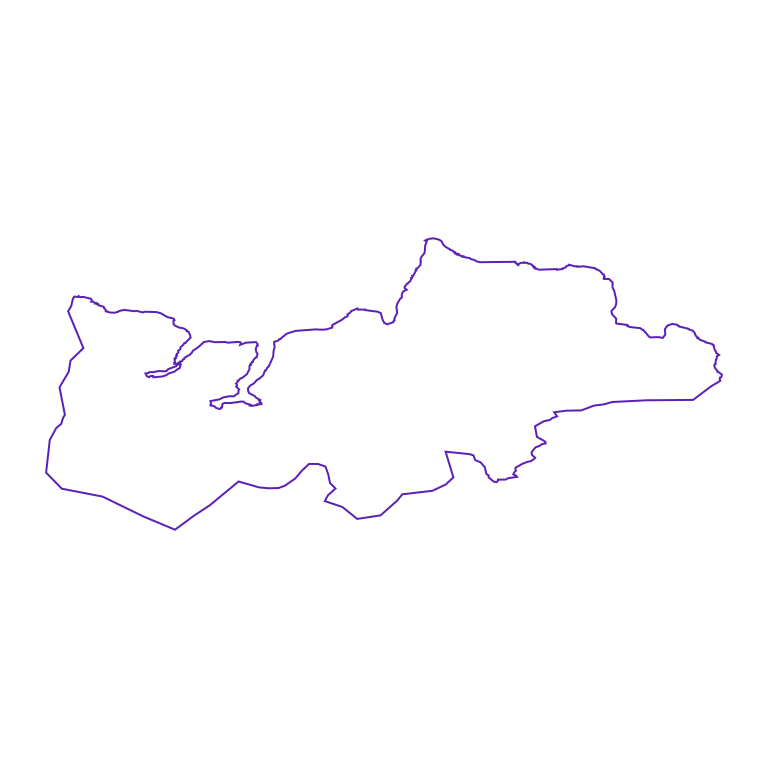 the district of Vik nor, Sogn og Fjordane, Norway
{"feature_id": "86288312B68620067445368", "entity_name": "Vik nor", "entity_type": "district", "adm_level": 2, "iso_a3": "NOR", "parent_name": "Norway", "parent_adm1": "Sogn og Fjordane", "projection": "natural_earth1", "projection_center": [6.553, 61.028], "detail": "fine", "context": "isolated", "style": "outline", "palette": "violet", "viewbox_px": 768, "rotation_deg": 0, "n_neighbors": 0, "source": "geoboundaries", "source_scale": "gbopen_adm2", "svg_char_len": 6085}
<svg xmlns="http://www.w3.org/2000/svg" viewBox="0 0 768 768"><path d="M175.0,529.7L194.1,515.6L209.9,505.2L238.6,481.5L259.1,487.4L269.0,488.3L278.7,488.0L284.9,485.7L295.1,478.6L301.9,470.7L309.1,463.9L318.1,464.0L325.5,466.6L328.3,474.6L330.0,483.0L335.5,488.5L328.0,495.2L324.8,501.1L342.4,507.0L357.2,518.9L380.5,515.4L397.2,500.6L402.3,494.3L432.3,490.8L445.6,484.6L453.4,477.4L445.6,451.7L469.4,454.1L473.5,455.4L475.1,460.0L480.7,462.4L484.8,467.2L486.4,474.0L488.6,475.4L488.6,477.3L493.7,481.6L496.5,482.2L498.3,480.4L498.1,479.6L505.7,479.6L508.1,478.2L517.0,476.9L516.1,475.7L513.3,474.3L514.4,472.2L515.9,470.8L515.3,468.6L515.7,467.6L522.6,463.7L528.1,461.6L530.4,461.4L534.7,458.5L535.2,457.8L532.1,455.0L531.5,452.8L532.1,451.5L535.5,447.4L539.8,445.7L541.6,444.3L545.7,443.3L545.6,442.3L544.4,441.1L536.9,436.9L535.0,426.3L543.9,421.2L549.9,420.0L552.0,418.2L557.1,416.3L554.2,412.3L566.3,410.7L581.3,410.4L594.0,405.6L604.2,404.3L612.2,402.0L646.4,400.3L693.1,399.9L711.4,386.1L720.3,380.8L719.8,379.7L719.9,377.7L720.7,377.7L721.6,376.4L721.9,374.6L718.3,371.9L717.5,371.9L717.3,370.7L715.1,368.2L714.2,365.4L714.7,364.2L715.5,364.1L715.9,359.6L716.7,358.8L716.8,356.5L719.1,355.0L716.2,353.0L715.9,351.5L714.6,349.5L713.7,345.2L712.9,345.2L712.1,344.0L705.5,342.3L705.5,341.8L700.1,339.9L699.2,338.7L698.0,338.4L698.0,337.7L697.2,337.7L697.3,337.2L695.6,335.5L694.7,332.9L692.8,330.7L688.6,329.3L688.6,328.8L678.8,326.4L678.7,325.7L677.5,325.4L677.1,324.7L672.2,323.9L667.4,325.6L664.9,329.2L665.3,334.6L662.8,337.9L658.3,337.1L650.2,337.4L648.5,336.1L643.3,329.9L642.5,329.9L640.4,328.2L629.8,327.0L627.7,326.2L627.7,325.4L626.9,325.4L626.9,324.9L616.7,323.6L616.0,322.9L616.2,318.6L612.3,314.6L611.4,311.8L611.5,310.9L615.0,307.3L616.1,304.2L616.4,300.6L614.3,291.1L612.5,287.3L612.6,282.5L609.0,279.0L602.9,278.9L604.3,278.4L604.0,277.4L603.2,277.4L604.6,276.8L603.9,274.6L603.1,274.6L599.6,270.7L595.1,268.7L595.0,268.2L583.6,266.3L577.5,266.8L577.5,266.3L574.3,266.2L568.9,264.7L568.5,265.5L566.5,266.0L565.8,267.3L562.2,268.6L562.3,269.1L557.0,269.7L557.0,269.2L555.8,269.1L539.2,269.7L534.6,268.4L533.3,266.7L534.1,266.7L530.7,264.0L527.9,263.5L527.4,262.8L524.2,262.9L524.2,262.4L520.2,263.1L518.6,264.1L518.4,265.1L517.8,265.1L516.9,263.5L516.1,263.5L515.0,262.3L515.2,261.8L480.0,262.2L476.7,261.4L474.1,259.8L470.9,259.2L470.0,258.2L463.4,256.9L463.4,256.3L462.2,256.6L462.2,256.1L458.9,255.2L458.8,254.4L457.6,254.5L458.0,253.9L455.5,253.7L455.5,252.7L454.7,252.8L454.6,252.0L453.8,252.0L452.5,250.5L450.5,250.1L450.4,249.6L445.6,246.9L443.0,244.4L441.7,241.4L439.3,239.7L433.4,238.3L429.5,238.8L426.9,239.7L426.6,240.7L425.6,240.4L426.6,239.7L425.3,240.5L426.7,241.0L426.1,241.7L426.4,242.5L425.2,245.3L424.9,250.4L424.3,253.4L421.5,256.8L420.4,259.6L420.9,261.8L420.6,262.1L420.5,264.9L417.5,268.2L416.3,268.5L416.4,270.3L415.6,270.3L415.4,271.7L413.1,275.9L412.2,275.9L412.5,276.7L412.0,278.0L411.2,278.0L411.4,278.7L409.9,281.6L408.6,282.3L407.8,283.6L407.0,283.6L404.6,287.0L404.7,288.2L406.7,289.7L403.4,291.3L402.5,292.6L401.8,294.4L401.8,297.7L400.4,298.5L397.4,303.3L396.4,306.9L397.2,312.9L394.3,318.6L394.6,320.1L393.6,320.9L393.5,322.1L387.2,324.3L384.2,322.8L382.6,319.8L380.8,313.1L377.5,311.7L365.2,310.1L365.2,309.6L357.1,309.6L357.9,309.3L357.5,308.5L351.1,311.1L350.4,312.5L347.5,314.3L347.8,315.9L347.0,316.6L345.4,317.0L341.9,319.8L332.5,324.9L332.0,325.6L332.4,326.1L332.3,327.6L326.3,329.4L322.7,329.7L315.4,329.4L295.6,330.9L286.9,333.6L281.7,337.7L281.1,338.7L279.2,339.2L278.4,340.5L274.1,341.9L274.6,347.2L273.6,350.8L273.2,356.5L268.7,366.6L267.7,367.1L265.7,370.7L264.9,370.7L263.2,375.3L258.6,379.2L257.4,379.5L253.6,383.6L250.3,385.5L248.0,388.3L248.2,391.3L249.1,393.1L254.6,396.0L256.5,398.0L258.8,399.2L258.6,399.7L260.3,400.1L259.4,401.9L261.3,402.9L261.4,404.2L257.3,404.3L257.4,405.0L251.4,405.9L251.3,405.4L249.8,405.4L250.1,404.7L245.1,403.1L243.8,401.8L241.8,401.5L230.2,403.1L224.5,402.9L222.5,403.9L222.0,407.4L221.1,407.5L220.8,408.7L218.8,408.9L215.9,407.8L214.6,406.4L210.5,405.4L210.5,404.9L211.3,404.9L210.4,401.1L219.6,399.3L223.3,397.4L229.7,396.2L233.8,396.3L238.4,393.1L238.5,390.3L239.1,389.5L236.2,386.6L237.0,385.8L236.9,384.5L236.0,383.6L237.9,381.5L237.7,380.7L238.5,380.7L240.1,378.6L241.9,378.1L246.9,374.2L249.5,369.1L249.5,366.3L250.0,365.0L250.8,365.0L250.7,363.5L251.5,363.4L251.9,362.2L252.7,362.1L253.2,360.4L255.4,357.8L256.8,357.2L256.6,356.5L257.6,354.2L256.3,351.9L255.7,349.2L256.9,345.6L257.7,345.6L257.4,343.6L255.9,342.1L245.8,342.7L240.2,344.8L240.8,343.5L240.5,342.2L238.4,341.9L227.6,342.7L225.5,342.0L215.0,342.2L209.3,341.1L204.0,342.0L198.3,347.1L192.7,351.0L192.0,352.5L189.9,354.6L184.6,357.8L184.1,359.1L182.9,359.4L182.2,361.1L179.8,361.7L180.7,364.6L180.0,365.3L180.3,366.1L179.7,368.2L177.5,369.2L174.3,371.7L168.7,373.5L166.2,375.2L162.3,376.5L153.3,377.3L153.1,376.0L150.5,376.0L149.2,377.2L147.0,376.3L145.5,373.5L148.6,372.9L149.3,372.1L153.8,372.1L158.0,371.1L166.2,371.3L168.2,369.1L176.2,366.2L176.8,365.0L178.4,364.4L179.1,363.1L178.7,362.9L177.5,363.3L177.5,363.8L174.3,363.9L174.2,362.6L175.0,362.1L174.6,359.8L175.6,358.5L174.9,358.3L176.1,357.0L176.2,355.5L177.0,355.5L176.7,354.0L178.4,352.6L178.1,350.9L180.2,349.3L180.7,347.0L183.2,344.9L184.3,343.1L185.5,343.1L185.7,342.3L190.6,337.7L190.0,334.9L188.6,331.9L186.8,331.2L186.9,330.4L183.7,328.4L179.2,327.6L174.6,325.4L173.5,323.9L173.5,320.7L174.5,320.1L173.6,318.6L167.2,317.0L160.9,313.3L156.4,312.1L145.0,311.7L142.6,312.4L136.8,310.9L134.4,311.2L124.2,309.9L118.6,311.1L118.3,311.7L114.7,312.7L110.6,312.6L107.3,311.8L107.3,311.3L105.7,311.3L105.4,309.2L104.1,308.2L103.7,306.8L98.4,305.2L98.3,304.2L97.1,304.2L97.1,303.4L95.8,303.5L96.2,303.0L93.8,302.5L92.9,301.5L91.3,301.6L91.8,300.6L91.1,298.8L83.7,297.0L80.3,297.1L78.7,296.1L78.3,297.0L74.2,296.6L72.9,298.9L71.2,306.1L68.1,311.3L83.4,348.1L70.5,360.6L68.7,371.8L59.5,387.3L64.9,414.8L63.1,417.8L61.2,423.9L56.4,427.8L49.8,439.8L46.1,472.6L61.8,488.7L102.6,496.6L143.2,516.4L175.0,529.7Z" fill="none" stroke="#5b21b6" stroke-width="2"/></svg>